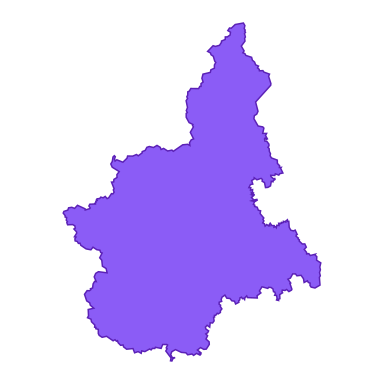 Piemonte, Turin, Italy
{"feature_id": "23120603B83257595874769", "entity_name": "Piemonte", "entity_type": "district", "adm_level": 2, "iso_a3": "ITA", "parent_name": "Italy", "parent_adm1": "Turin", "projection": "orthographic", "projection_center": [8.079, 45.262], "detail": "fine", "context": "isolated", "style": "filled", "palette": "violet", "viewbox_px": 384, "rotation_deg": 0, "n_neighbors": 0, "source": "geoboundaries", "source_scale": "gbopen_adm2", "svg_char_len": 5990}
<svg xmlns="http://www.w3.org/2000/svg" viewBox="0 0 384 384"><path d="M269.5,74.1L263.9,72.1L262.9,70.6L259.4,70.8L259.2,69.3L257.5,67.9L258.5,66.1L255.6,64.8L254.6,62.1L252.4,60.2L251.6,57.3L245.8,55.4L244.9,53.6L242.9,52.8L244.1,50.9L241.3,46.1L245.0,41.1L244.6,38.3L245.4,37.0L244.5,33.6L245.5,32.3L244.7,31.1L245.2,30.1L244.2,28.6L244.9,25.6L243.4,23.0L235.2,24.5L231.3,28.2L229.5,28.0L227.8,30.6L230.5,32.2L230.1,35.0L227.3,36.9L225.3,36.9L225.2,39.5L221.5,41.0L221.4,42.4L219.5,45.3L215.4,46.4L213.1,45.7L207.6,51.4L210.5,53.0L211.0,54.7L213.3,56.3L214.7,61.1L215.8,62.4L214.4,65.0L214.4,68.2L210.9,69.8L210.3,72.4L203.0,74.1L201.9,78.3L203.1,82.0L201.0,83.6L201.0,86.4L199.8,86.4L198.6,88.6L190.8,88.5L189.3,91.1L187.8,91.8L187.7,95.1L186.8,96.8L187.6,98.4L186.1,100.7L187.5,107.5L186.3,110.6L187.3,112.6L186.2,113.4L186.2,117.3L189.1,122.6L192.9,124.5L192.5,125.4L193.4,126.9L190.3,132.3L193.6,138.9L191.3,139.8L189.5,142.7L189.9,145.5L187.7,144.3L182.7,144.8L173.3,151.3L171.9,150.1L167.7,151.0L163.6,148.4L161.1,149.5L160.2,147.3L157.0,145.4L153.5,147.5L149.3,146.5L146.9,147.3L145.2,150.4L142.2,151.6L142.1,152.9L138.2,155.8L136.5,154.5L132.7,156.1L127.6,156.0L127.0,158.2L122.9,162.2L116.8,159.8L115.1,161.0L114.5,159.1L115.3,156.7L114.3,155.7L113.0,157.0L112.3,161.4L110.8,164.0L112.2,167.2L119.2,171.6L116.9,174.6L117.0,177.5L113.9,179.4L113.7,181.9L111.5,182.1L114.1,188.8L113.3,189.9L114.1,192.2L112.9,193.9L111.5,193.6L108.7,197.8L107.1,198.6L105.2,196.4L103.1,197.8L100.8,197.1L99.7,198.5L97.1,198.8L96.5,199.5L97.2,200.5L95.8,201.2L95.9,202.7L94.8,203.3L95.2,204.0L89.8,204.2L88.9,206.0L90.2,207.9L89.8,208.6L85.2,210.0L85.1,208.8L77.5,205.3L74.6,208.4L71.8,207.3L68.6,207.8L67.8,210.1L63.9,211.4L63.2,213.1L65.2,215.7L65.1,217.0L66.6,217.5L66.3,220.3L67.4,221.6L66.8,222.6L67.6,224.8L72.7,224.6L74.8,225.8L75.3,228.1L73.9,229.0L76.5,231.8L76.7,233.1L74.4,236.8L76.0,237.1L74.9,238.8L75.1,240.9L77.3,241.5L78.4,243.4L80.0,243.2L80.8,245.3L86.1,248.9L90.9,249.8L93.0,247.2L96.8,249.7L99.9,250.2L100.7,252.5L102.1,253.0L99.7,257.8L101.8,260.3L102.4,266.2L106.1,268.5L107.1,272.8L98.4,271.7L95.7,273.4L94.2,276.9L96.2,281.6L94.6,281.4L93.1,283.9L92.6,288.0L90.5,288.7L90.9,289.6L89.5,290.7L87.1,290.6L84.5,294.3L86.7,300.9L89.7,302.8L90.3,305.2L93.8,308.2L88.2,309.5L88.5,315.9L87.5,317.7L91.0,319.2L91.5,321.8L94.8,325.0L94.6,327.2L95.9,327.4L95.8,328.7L98.3,329.4L98.3,333.6L99.2,335.4L102.1,337.3L106.6,336.3L113.1,340.8L115.0,339.7L116.4,341.2L117.5,340.7L118.1,342.7L120.6,345.3L123.1,345.0L123.6,346.9L126.6,349.2L133.0,348.6L134.6,352.8L138.1,351.6L141.2,353.3L141.7,350.9L144.9,351.6L149.6,349.0L151.1,349.9L152.4,348.4L154.8,348.5L155.4,347.3L161.1,348.4L162.7,344.5L166.9,344.5L167.6,345.0L166.2,347.9L167.1,348.7L165.8,351.0L171.0,357.9L170.5,360.8L171.9,361.0L172.9,358.7L175.1,357.6L172.4,357.7L170.7,354.6L171.8,351.7L175.5,349.6L181.4,352.4L185.9,352.8L187.7,354.8L192.0,354.0L193.6,355.4L196.5,353.4L200.0,355.1L201.0,353.9L199.7,353.1L200.7,352.6L197.4,350.0L200.6,347.6L203.8,349.4L206.3,349.1L209.3,344.4L209.1,341.8L206.0,339.0L207.6,335.7L205.8,333.9L207.7,332.7L208.6,330.9L205.9,329.0L205.4,327.1L207.1,325.3L209.7,327.2L210.2,322.8L212.6,323.0L214.1,320.9L213.6,317.3L214.6,317.0L214.4,315.4L215.8,315.2L217.2,313.3L218.2,313.9L220.4,312.5L220.4,310.8L221.9,308.9L220.3,306.5L220.6,305.2L219.1,304.2L219.2,302.2L221.7,301.4L221.2,299.5L222.0,297.2L224.9,295.1L226.8,298.2L230.0,298.5L231.8,300.8L234.5,301.2L235.6,304.0L238.9,302.3L238.7,300.8L239.7,300.0L240.0,297.8L241.5,297.2L242.4,298.7L243.7,298.3L244.6,299.5L244.9,297.7L246.7,295.9L247.5,297.6L257.3,298.0L257.1,295.7L260.9,292.9L259.4,291.0L262.0,286.8L267.8,288.4L268.7,287.3L271.1,287.5L273.0,289.0L273.5,291.7L274.7,292.0L275.4,293.7L274.7,295.3L276.5,295.4L277.1,298.3L276.5,300.0L278.6,300.5L278.4,299.3L279.9,298.7L279.7,294.6L282.6,292.8L282.0,291.8L282.3,290.1L285.0,290.5L286.6,289.5L288.9,291.6L291.5,290.1L291.9,289.2L289.9,283.4L290.7,283.0L287.9,279.2L290.4,278.1L292.7,273.9L295.5,273.9L296.9,275.8L301.1,275.3L303.5,278.8L304.1,282.5L307.4,280.8L308.3,282.5L310.1,283.1L310.0,285.5L311.1,287.1L315.0,288.0L320.0,285.1L319.4,277.3L320.3,275.8L319.5,272.5L320.4,269.8L319.8,267.1L320.8,262.9L316.6,260.2L316.8,256.6L314.9,254.9L315.4,254.2L310.3,255.5L308.8,253.6L306.6,253.9L306.6,252.4L304.2,249.4L306.3,247.2L304.8,243.9L302.3,244.0L299.2,241.0L299.4,239.9L298.0,238.8L298.3,238.0L296.1,236.3L296.3,234.8L297.2,234.5L295.2,230.1L293.4,230.9L290.8,230.2L289.2,227.3L288.8,221.3L287.6,221.4L287.4,219.8L285.6,221.2L285.7,222.0L283.4,221.3L283.3,222.5L281.8,222.8L281.4,221.8L281.4,223.3L279.7,223.3L280.5,224.2L278.7,223.5L279.0,225.5L276.9,225.2L276.3,227.6L275.7,226.6L274.0,227.2L274.2,225.6L271.8,225.5L270.2,223.2L268.5,225.8L266.7,224.5L265.1,226.1L264.4,223.7L262.7,222.9L263.9,220.9L262.9,219.3L263.8,218.0L260.1,213.6L260.6,210.8L258.3,210.2L257.2,207.2L254.6,206.5L254.8,205.2L253.4,204.4L254.5,201.8L257.2,200.2L256.9,199.4L254.7,199.8L253.8,201.3L251.6,200.8L253.9,200.0L251.5,197.5L253.5,195.7L252.0,195.0L254.7,194.7L251.6,193.9L251.4,192.9L252.7,193.8L253.4,192.9L252.4,192.4L252.6,189.6L250.5,190.1L250.8,187.7L248.9,187.6L250.4,184.6L252.8,184.1L251.7,180.5L254.1,179.1L254.2,177.8L256.9,179.8L261.1,178.4L262.4,179.5L262.1,181.2L264.5,182.6L265.5,187.6L267.9,187.4L270.5,185.9L271.3,181.3L273.0,181.8L273.2,180.7L275.0,179.5L274.8,178.5L273.3,178.7L270.8,176.4L270.7,175.3L274.8,175.5L275.3,173.8L278.8,175.1L279.8,173.7L282.9,173.0L280.6,168.2L281.2,167.4L279.4,167.5L279.6,165.7L277.4,163.4L277.3,160.1L271.4,157.9L270.1,155.7L270.5,153.7L269.4,151.5L269.1,148.5L267.9,147.3L269.0,145.8L268.9,144.1L266.8,141.3L264.9,141.1L264.5,138.9L265.1,138.1L266.4,139.4L267.4,138.9L265.5,135.5L266.6,133.4L262.7,133.4L263.9,128.1L262.8,126.9L258.1,126.0L253.9,118.7L254.4,115.6L256.7,114.2L258.0,111.3L255.6,102.0L270.7,85.3L270.9,83.6L268.6,76.3L269.5,74.1ZM269.8,225.9L269.5,226.5L269.8,225.1L269.8,225.9Z" fill="#8b5cf6" stroke="#5b21b6" stroke-width="1.5"/></svg>